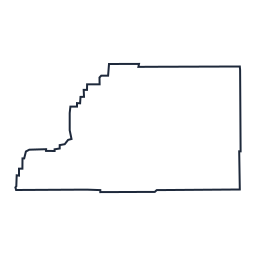 Sevier, Utah, United States of America (orthographic projection)
{"feature_id": "52423323B46966183656729", "entity_name": "Sevier", "entity_type": "district", "adm_level": 2, "iso_a3": "USA", "parent_name": "United States of America", "parent_adm1": "Utah", "projection": "orthographic", "projection_center": [-112.118, 38.774], "detail": "fine", "context": "isolated", "style": "outline", "palette": "slate", "viewbox_px": 256, "rotation_deg": 0, "n_neighbors": 0, "source": "geoboundaries", "source_scale": "gbopen_adm2", "svg_char_len": 689}
<svg xmlns="http://www.w3.org/2000/svg" viewBox="0 0 256 256"><path d="M154.8,191.9L156.7,190.1L239.8,189.5L239.2,151.3L240.6,151.3L240.1,69.9L239.8,66.5L147.7,66.8L138.4,66.9L139.0,63.9L109.0,64.0L108.1,75.7L101.2,75.7L99.5,77.5L99.6,84.3L87.1,84.3L87.0,89.9L83.7,89.9L84.0,96.8L80.5,96.9L80.1,103.3L77.0,103.1L77.0,106.6L70.4,106.6L69.7,113.0L69.7,130.3L71.5,139.0L68.1,139.9L64.7,144.2L59.7,145.1L59.7,148.5L54.6,149.3L54.6,151.0L46.0,150.9L46.1,149.2L29.3,149.7L25.9,151.5L24.2,158.4L22.5,158.4L22.4,168.7L19.0,168.7L19.0,175.6L16.7,175.3L16.3,186.3L15.4,187.4L16.1,190.0L73.9,189.7L88.5,189.7L100.3,190.1L100.3,192.1L154.8,191.9Z" fill="none" stroke="#1e293b" stroke-width="2"/></svg>